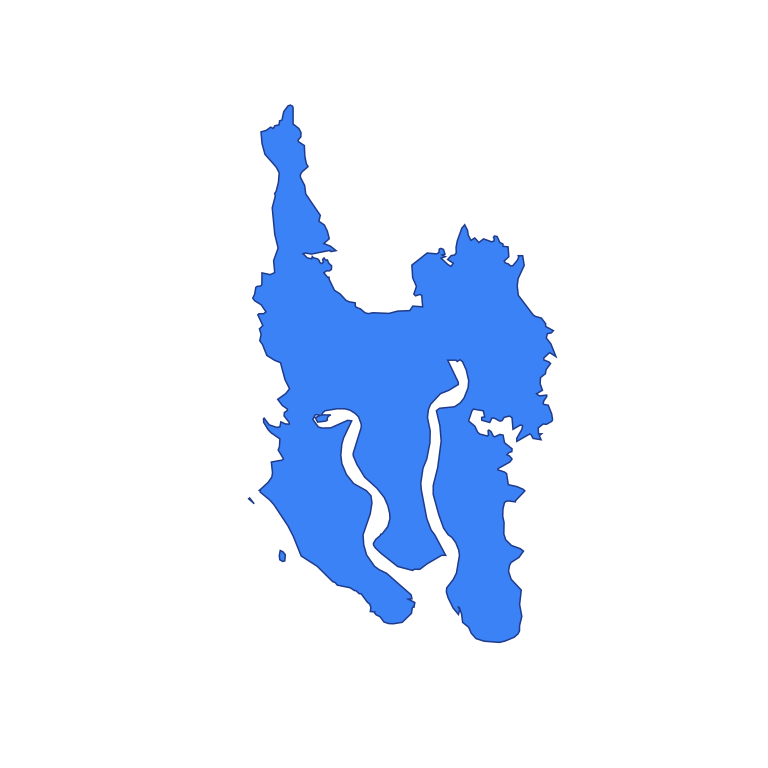 the district of Barguna, Barisal, Bangladesh, rotated 324°
{"feature_id": "16705992B13795829103768", "entity_name": "Barguna", "entity_type": "district", "adm_level": 2, "iso_a3": "BGD", "parent_name": "Bangladesh", "parent_adm1": "Barisal", "projection": "natural_earth1", "projection_center": [90.164, 22.173], "detail": "fine", "context": "isolated", "style": "filled", "palette": "blue", "viewbox_px": 768, "rotation_deg": 324, "n_neighbors": 0, "source": "geoboundaries", "source_scale": "gbopen_adm2", "svg_char_len": 6161}
<svg xmlns="http://www.w3.org/2000/svg" viewBox="0 0 768 768"><g transform="rotate(324 384 384)"><path d="M464.6,131.9L465.3,127.3L463.3,120.2L472.6,107.4L473.3,105.6L472.2,103.3L469.9,102.6L463.0,104.7L456.6,110.5L454.2,109.7L451.5,112.6L447.4,110.9L444.6,112.2L443.3,109.6L437.7,109.6L432.7,107.7L426.6,117.9L422.7,128.2L424.3,145.3L423.3,151.6L417.0,158.9L409.9,164.8L407.5,165.6L406.6,168.0L397.1,175.8L383.6,198.7L378.2,211.8L367.2,219.3L361.1,229.6L356.3,228.7L350.6,222.4L343.6,231.8L341.5,232.2L338.9,230.5L337.1,230.5L332.0,235.4L328.3,237.4L328.3,240.6L331.2,247.8L330.9,256.3L328.0,256.4L324.2,253.7L322.6,253.8L320.3,265.5L315.6,266.2L313.8,271.6L308.9,276.0L308.9,280.7L306.0,292.0L309.4,300.5L312.8,305.9L306.5,322.2L304.8,332.3L298.9,334.0L289.0,333.9L289.1,341.7L291.1,347.3L290.4,348.6L286.6,348.5L284.4,351.1L284.7,359.4L283.8,360.8L280.8,358.4L278.3,354.0L274.7,357.4L271.8,356.2L267.1,349.5L267.0,341.2L266.0,341.3L264.1,344.4L263.4,352.8L264.0,357.2L267.5,367.2L262.6,373.2L259.6,375.2L258.7,385.4L257.1,385.8L247.0,380.9L241.6,390.3L238.5,393.4L232.3,395.5L220.6,396.8L221.3,397.6L220.3,398.7L223.4,410.7L224.0,417.1L222.9,442.2L221.1,453.9L215.9,474.5L222.8,492.1L226.3,513.7L227.8,516.0L228.0,519.3L236.8,528.9L238.8,533.9L239.9,534.7L240.7,539.1L242.2,540.2L242.3,550.9L243.1,553.8L241.9,557.3L239.2,560.0L242.6,563.1L241.8,563.8L242.0,566.2L244.0,569.9L244.1,576.6L247.0,580.6L250.7,583.5L258.6,587.5L271.4,585.7L274.9,582.1L276.4,581.5L277.1,582.2L280.5,578.9L277.1,572.3L280.4,574.2L282.0,570.4L274.8,538.6L270.9,531.3L269.2,526.0L269.4,512.2L273.0,502.3L278.4,493.7L296.6,480.9L304.3,473.2L307.8,466.7L307.0,459.8L300.9,446.8L300.4,435.2L303.1,423.7L307.2,416.2L314.4,408.0L319.4,404.0L336.2,394.8L333.2,392.0L315.2,388.2L308.3,383.5L305.6,380.2L305.6,370.8L310.4,368.5L311.5,369.2L314.1,372.0L308.6,370.9L307.9,375.8L315.1,379.8L317.0,379.9L317.9,378.3L320.2,377.3L322.8,377.8L315.4,372.4L317.8,371.2L320.6,371.0L331.6,376.5L338.0,381.3L341.2,385.3L343.4,391.0L344.1,395.5L342.1,402.8L340.2,405.6L318.4,421.9L316.9,424.0L314.8,433.3L313.6,448.0L317.0,464.0L317.5,475.9L315.6,484.7L312.5,492.0L309.7,496.4L303.4,501.5L294.6,504.1L292.9,503.6L292.2,504.4L285.9,504.9L281.8,506.7L280.9,508.0L280.6,511.0L282.0,519.0L287.8,539.7L297.6,551.7L299.5,551.6L304.1,555.0L313.2,554.8L330.0,556.5L333.2,558.9L336.4,535.9L336.3,529.8L339.5,518.0L351.8,491.9L355.5,485.8L366.1,475.0L374.4,469.9L386.5,458.7L393.8,449.1L399.5,436.6L404.9,430.8L409.7,427.8L424.0,425.0L432.6,427.2L443.8,428.1L445.1,426.3L449.5,402.2L456.3,407.1L456.5,408.9L459.8,409.0L460.6,412.2L458.8,421.0L454.4,431.2L449.8,436.5L440.5,442.4L434.7,444.1L427.7,443.9L414.7,436.3L410.7,436.4L404.7,450.6L396.7,463.8L378.3,483.2L364.2,495.0L358.9,502.3L351.5,521.9L347.5,535.6L347.3,543.5L348.8,548.1L348.8,554.5L346.9,562.1L344.4,566.9L331.4,579.6L325.2,582.8L314.9,585.8L312.2,588.9L310.2,594.7L308.2,606.1L308.8,614.2L312.6,610.9L313.0,608.2L313.6,608.8L311.6,615.6L307.5,623.1L309.5,630.5L308.1,637.0L308.8,644.1L313.9,651.0L325.5,660.9L330.8,663.1L340.5,665.4L345.6,664.9L348.5,663.4L351.7,659.1L358.9,653.0L364.1,642.1L373.9,631.4L372.1,616.7L374.6,608.8L378.7,604.7L381.8,603.1L391.4,603.6L398.6,601.2L397.5,597.4L392.2,589.5L390.9,581.6L392.8,575.7L399.6,566.8L402.3,560.8L406.8,555.0L411.6,550.9L413.2,550.6L415.6,551.4L421.0,556.6L421.8,555.7L435.1,553.3L434.8,551.2L431.3,545.2L425.4,538.5L430.5,528.5L429.6,525.8L425.6,520.3L426.9,519.5L440.0,521.1L443.5,520.0L443.3,516.2L441.9,513.5L444.5,512.9L447.7,513.8L449.5,511.8L447.0,502.4L450.3,495.3L448.1,492.9L442.3,491.7L441.8,490.4L442.6,485.3L441.8,482.9L440.8,482.9L438.4,486.7L437.2,487.0L432.0,480.7L431.5,477.9L432.7,471.5L430.8,463.9L431.5,463.0L439.4,457.4L441.6,456.9L448.6,464.1L446.1,469.8L443.4,468.4L441.8,470.8L446.9,477.3L451.5,474.9L453.4,476.9L455.9,482.2L458.1,483.0L461.6,481.6L466.7,483.7L467.7,486.6L461.7,496.5L469.9,497.3L471.3,498.3L471.4,499.5L468.7,501.8L459.4,506.0L457.7,508.5L472.5,510.1L473.2,511.8L472.6,515.6L478.3,521.4L479.3,517.1L482.2,516.9L479.7,515.1L483.0,510.2L489.2,509.9L491.8,512.1L497.9,512.8L499.5,511.8L502.1,506.7L504.4,497.7L501.3,494.4L501.4,493.2L503.4,491.6L508.3,489.8L509.1,488.6L502.8,485.0L501.6,481.5L508.5,482.2L510.5,475.5L514.4,470.8L520.7,470.5L523.5,467.7L530.8,465.3L530.4,463.1L527.5,458.6L528.5,456.9L536.4,455.9L539.2,462.9L542.6,449.6L542.3,442.3L545.7,439.3L549.5,441.0L552.4,440.4L548.6,432.6L550.2,430.2L550.1,423.2L546.2,418.3L545.3,415.7L544.8,391.2L549.4,383.0L554.4,377.6L567.1,370.5L571.6,361.7L568.0,359.1L567.5,360.6L564.5,362.3L557.7,364.0L555.8,362.9L555.2,360.0L553.4,357.6L553.5,355.1L559.8,354.4L565.0,346.0L561.2,342.5L562.5,340.7L560.9,337.5L562.2,331.2L560.3,329.2L558.7,329.8L558.6,331.3L557.0,332.9L554.7,332.3L549.8,325.1L543.9,325.3L543.3,319.2L538.7,318.9L539.7,312.9L541.9,308.8L542.9,302.6L538.5,303.7L527.4,311.3L522.7,315.7L519.5,320.4L516.8,321.2L513.9,319.6L508.7,320.7L511.0,327.1L507.4,328.2L505.9,325.0L504.1,315.7L508.5,317.0L506.8,313.7L509.7,314.8L511.2,310.1L509.8,307.8L508.1,307.3L505.8,309.8L503.2,309.8L495.9,303.4L476.4,304.2L469.6,315.0L467.6,324.1L461.0,328.8L461.3,331.2L465.6,332.6L466.6,334.5L460.6,344.3L453.1,337.9L448.0,339.8L437.8,333.0L429.5,329.8L417.0,319.9L412.6,317.8L410.5,315.2L409.1,309.4L406.6,305.6L406.6,304.1L408.4,301.4L404.1,297.0L402.4,293.9L401.5,285.6L399.0,279.1L401.1,267.3L402.3,265.3L401.1,264.5L400.7,258.7L404.0,258.6L406.3,260.4L408.8,260.4L411.1,257.6L410.3,253.9L411.1,250.3L409.5,249.4L409.6,246.8L408.7,246.8L407.2,247.5L406.7,249.7L404.3,250.0L403.4,247.6L404.2,246.5L403.8,243.7L401.1,240.4L400.9,238.7L399.1,240.2L396.1,237.0L395.1,231.0L397.6,232.0L401.6,236.2L418.8,244.1L418.6,245.2L419.7,246.1L423.6,247.9L421.7,241.1L417.9,235.0L425.1,234.3L428.0,227.1L429.2,220.3L427.0,214.1L431.6,210.1L432.4,184.2L436.5,176.7L437.9,167.6L439.5,165.4L442.3,164.2L450.3,163.5L450.7,160.0L453.9,153.1L459.7,144.3L457.3,137.8L457.7,136.2L462.0,135.2L464.6,131.9ZM199.8,468.8L203.8,464.1L203.6,460.3L202.2,457.7L198.4,461.3L196.4,464.9L197.7,468.0L199.8,468.8ZM208.6,404.6L208.3,397.2L207.0,397.3L207.9,401.1L208.6,404.6Z" fill="#3b82f6" stroke="#1e3a8a" stroke-width="1.5"/></g></svg>